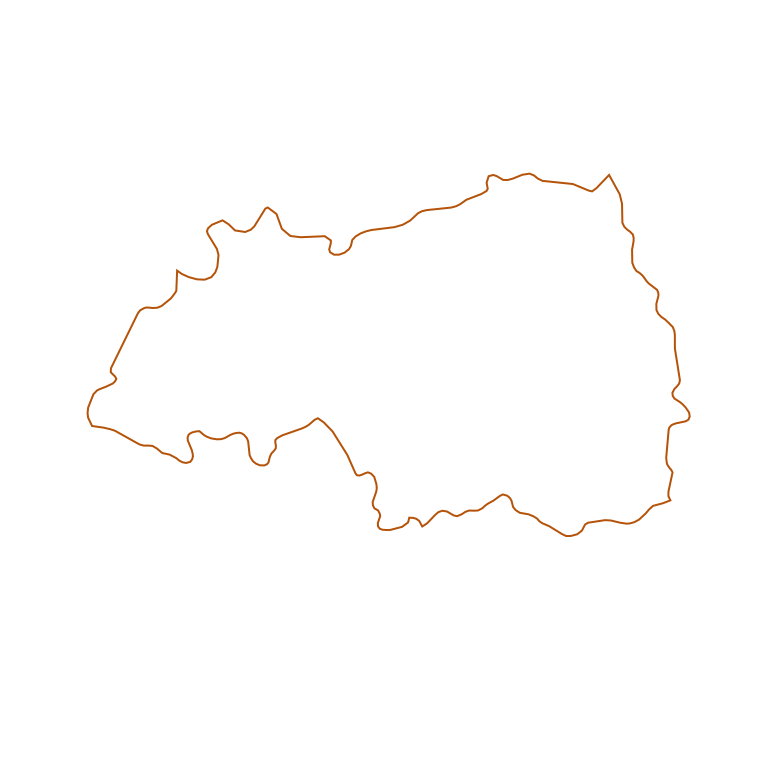 an SVG outline of Aisne, rotated 74°
{"feature_id": "FRA-5263", "entity_name": "Aisne", "entity_type": "Metropolitan department", "adm_level": 1, "iso_a3": "FRA", "parent_name": "France", "parent_adm1": "", "projection": "albers", "projection_center": [3.618, 49.454], "detail": "fine", "context": "isolated", "style": "outline", "palette": "amber", "viewbox_px": 768, "rotation_deg": 74, "n_neighbors": 0, "source": "natural_earth", "source_scale": "10m", "svg_char_len": 3765}
<svg xmlns="http://www.w3.org/2000/svg" viewBox="0 0 768 768"><g transform="rotate(74 384 384)"><path d="M548.5,131.0L566.0,140.3L570.2,141.5L574.8,140.8L575.5,148.7L575.3,159.0L577.6,163.7L580.5,168.0L584.7,176.3L585.8,181.5L585.8,185.9L585.2,189.1L582.5,195.1L577.7,203.6L575.8,209.0L573.6,226.1L574.5,229.4L579.5,234.2L581.7,239.7L581.6,246.1L580.4,250.7L577.4,254.2L566.2,264.4L561.4,270.3L558.7,272.5L555.6,273.9L552.4,276.8L549.1,281.0L545.2,289.0L541.4,292.3L537.8,293.8L531.4,293.6L528.2,294.4L525.3,296.4L522.9,300.3L523.6,303.7L526.2,310.7L527.7,317.2L528.9,320.5L530.6,323.8L531.5,328.5L530.6,332.4L529.1,337.0L529.3,340.9L530.6,345.1L531.2,350.2L529.5,353.3L523.9,358.6L521.9,363.0L522.2,367.2L524.0,371.0L529.9,381.1L531.5,386.5L525.3,387.9L522.5,390.1L520.7,392.9L519.5,396.6L523.7,399.0L526.3,406.0L526.0,418.2L525.1,421.6L523.7,425.6L521.9,428.0L519.1,429.0L515.9,428.2L510.0,424.1L507.7,423.8L504.0,424.5L500.8,427.5L497.5,428.1L494.3,427.4L485.3,421.1L482.0,419.6L478.0,418.9L470.5,419.0L466.6,421.1L464.5,423.8L464.6,426.8L465.1,430.0L465.2,433.0L464.1,435.3L461.7,436.1L442.1,438.8L415.5,446.5L404.4,452.4L398.7,457.0L399.3,460.5L402.6,467.7L403.6,471.5L404.1,475.1L405.3,495.8L406.0,499.1L406.7,501.9L408.1,504.0L410.8,504.7L413.6,504.9L416.2,505.9L418.0,508.4L419.8,511.4L422.4,513.7L427.7,516.8L428.9,518.7L429.3,521.4L427.9,525.8L425.3,529.0L422.0,531.3L418.7,532.3L415.4,532.8L401.7,530.4L398.4,530.7L394.2,532.6L392.2,534.4L390.9,536.6L390.4,539.4L390.2,542.4L390.6,545.7L392.1,552.1L392.1,555.8L391.1,559.9L388.6,565.2L385.6,569.1L383.2,571.3L378.5,574.4L377.9,577.1L377.7,579.7L377.7,582.0L378.0,583.6L378.9,585.8L381.2,587.5L384.2,588.2L394.5,587.0L397.8,587.1L400.9,587.6L403.5,589.2L405.5,591.8L405.3,596.1L403.7,599.3L401.1,602.0L398.1,604.0L392.8,609.5L389.2,616.2L383.4,620.1L379.8,623.5L378.4,627.0L377.0,631.9L374.6,635.8L354.7,655.6L352.0,659.6L348.5,665.9L343.9,676.2L334.9,677.7L330.3,677.0L325.0,674.8L313.7,666.1L311.0,661.4L310.5,658.1L310.0,652.2L308.8,644.7L307.5,642.0L305.3,639.9L302.8,640.4L297.5,643.4L293.7,642.2L248.2,601.1L246.0,598.2L245.0,594.0L244.9,591.7L245.8,588.8L247.1,585.7L248.2,580.9L247.7,576.3L243.0,565.3L239.9,561.0L237.3,558.0L218.0,551.6L222.5,548.0L227.5,542.1L231.8,535.0L234.3,527.6L233.7,520.5L230.2,515.4L225.5,511.9L214.4,507.5L208.1,507.4L191.3,512.0L188.3,512.1L185.8,510.2L183.5,505.5L182.2,494.1L187.8,489.2L195.3,484.9L199.6,475.6L199.0,469.6L196.8,465.3L182.7,449.7L182.3,447.1L190.9,440.5L206.7,439.4L215.9,433.2L219.9,423.8L225.6,400.2L231.4,395.5L234.2,396.4L239.5,399.6L242.5,399.5L245.9,396.4L247.3,391.5L246.9,385.8L244.8,380.6L242.1,377.7L236.8,374.8L234.3,370.5L232.8,365.0L232.3,359.4L232.5,353.6L236.1,330.8L236.1,322.2L234.2,314.0L229.2,304.2L228.4,299.9L228.6,295.0L232.9,270.9L233.0,265.7L232.2,261.4L229.6,254.0L228.2,238.0L226.7,232.2L225.0,230.5L218.8,229.9L213.1,226.1L213.2,221.3L215.3,218.3L220.7,213.2L222.0,208.8L222.1,203.8L221.0,193.3L221.9,186.1L224.9,182.3L228.8,179.6L232.4,175.7L243.8,147.4L254.5,133.9L256.2,130.9L254.3,125.8L245.1,110.0L266.6,105.1L276.3,105.5L294.7,110.4L299.0,109.7L302.6,107.7L305.4,105.5L308.9,103.6L312.2,103.7L315.7,104.8L323.2,108.5L335.9,111.9L340.8,111.5L345.0,110.2L347.5,107.9L350.2,106.1L352.2,105.1L357.3,103.3L360.2,101.9L368.9,95.5L371.9,95.2L374.7,95.8L382.0,100.1L388.0,101.7L392.1,101.0L396.0,98.9L399.6,95.9L408.8,90.7L413.1,90.3L416.6,90.8L430.1,94.6L461.9,98.5L464.9,100.1L467.0,102.9L468.8,106.2L472.0,109.2L475.0,109.7L478.1,108.8L483.1,104.4L485.5,102.7L489.5,100.6L495.5,98.6L499.5,99.1L502.2,101.2L503.0,104.3L502.3,114.4L502.5,117.4L502.8,118.9L503.4,120.0L504.6,121.8L506.5,123.0L532.8,133.1L538.5,134.0L540.7,133.6L544.1,132.4L545.5,131.6L548.5,131.0Z" fill="none" stroke="#b45309" stroke-width="2"/></g></svg>